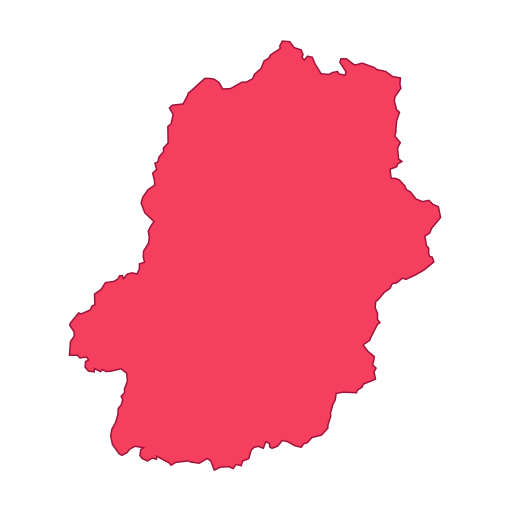 Adjuntas, Puerto Rico (orthographic projection), rotated 273°
{"feature_id": "32010507B57249745430969", "entity_name": "Adjuntas", "entity_type": "district", "adm_level": 2, "iso_a3": "PRI", "parent_name": "Puerto Rico", "parent_adm1": "", "projection": "orthographic", "projection_center": [-66.756, 18.181], "detail": "fine", "context": "isolated", "style": "filled", "palette": "rose", "viewbox_px": 512, "rotation_deg": 273, "n_neighbors": 0, "source": "geoboundaries", "source_scale": "gbopen_adm2", "svg_char_len": 3132}
<svg xmlns="http://www.w3.org/2000/svg" viewBox="0 0 512 512"><g transform="rotate(273 256 256)"><path d="M90.0,126.4L89.2,126.1L82.4,124.5L75.4,121.1L68.9,120.3L60.3,122.5L51.4,129.6L49.9,132.5L52.7,137.3L56.7,140.2L59.7,145.3L58.6,153.6L56.5,151.0L50.7,150.5L47.9,152.8L45.6,158.4L48.7,162.8L47.9,167.3L50.9,167.2L44.9,180.0L42.6,182.2L45.7,186.6L47.8,198.9L46.8,201.7L46.1,210.2L51.2,217.7L49.1,221.5L40.0,225.5L43.3,231.5L44.2,240.1L42.5,244.3L46.8,247.1L45.8,252.2L50.5,253.4L53.2,259.3L62.0,261.4L64.8,264.1L66.0,268.2L64.4,273.4L71.1,275.5L69.4,279.2L66.0,279.8L64.8,282.1L67.2,287.5L73.2,291.9L72.3,297.0L68.4,305.2L67.4,311.2L71.0,313.5L72.2,317.0L77.7,321.4L80.5,330.7L87.9,336.8L90.6,336.6L100.1,339.0L103.0,338.6L112.0,340.6L116.3,342.6L123.0,343.3L124.6,350.3L124.7,363.5L127.3,364.3L130.8,369.0L133.5,369.7L139.3,381.8L146.5,379.9L150.3,381.8L153.2,378.2L159.8,379.3L161.9,379.3L166.5,372.9L172.2,368.1L173.3,368.1L177.5,373.8L181.3,375.2L194.1,380.9L196.0,383.3L198.9,380.6L204.9,380.4L210.7,377.7L211.0,377.7L217.0,378.0L218.8,380.3L226.3,385.9L230.8,391.6L235.7,393.6L236.4,397.6L241.5,403.5L240.5,406.9L245.8,416.8L251.1,424.9L259.4,433.9L264.1,432.0L264.7,429.4L267.2,428.3L272.9,428.1L275.0,425.8L284.7,423.6L288.1,428.3L292.8,429.9L304.1,438.3L314.7,435.6L316.8,430.1L320.6,425.7L319.0,419.4L321.4,412.6L328.0,407.0L330.1,402.7L333.7,401.0L339.4,395.2L340.8,391.3L340.7,386.9L349.6,385.3L352.5,391.8L355.5,392.8L358.1,396.8L360.3,393.3L371.4,391.7L376.8,394.2L382.9,388.4L388.0,389.3L389.6,389.0L398.5,389.4L407.0,391.8L409.2,388.9L417.9,386.0L422.4,386.5L431.1,391.9L435.0,390.7L441.4,390.9L442.3,383.2L447.1,375.7L448.4,367.2L450.4,364.2L454.2,351.8L453.2,349.2L451.9,344.4L457.6,336.0L457.5,330.6L453.9,329.6L444.7,336.2L441.3,335.6L442.0,329.5L444.5,327.8L443.2,322.7L441.1,319.4L441.4,311.5L450.9,304.9L457.4,301.8L458.2,296.9L454.3,294.0L456.7,291.6L459.8,292.4L464.2,290.3L466.1,283.1L471.8,278.5L472.0,271.0L466.8,268.7L464.6,269.5L457.6,260.0L454.1,258.2L451.3,253.9L443.6,251.3L437.4,245.0L432.8,243.3L429.2,237.4L428.8,232.7L421.9,221.9L421.0,214.0L427.0,210.3L430.4,205.1L430.9,200.0L430.8,197.1L430.4,195.3L417.1,182.1L415.2,179.9L412.3,179.1L404.0,175.2L402.2,164.5L399.3,161.8L392.9,165.9L383.4,164.2L380.8,161.2L364.3,162.3L358.8,157.8L355.8,158.4L349.6,153.9L344.8,153.1L344.2,151.9L343.3,150.2L337.4,152.2L333.3,148.5L326.5,150.5L321.6,151.3L316.6,144.7L308.7,139.8L303.0,138.5L293.5,142.6L285.0,152.3L280.4,149.4L275.4,147.1L269.0,148.5L263.1,147.9L255.0,143.5L249.3,143.4L243.9,145.0L242.1,140.0L236.9,140.2L231.8,138.1L232.7,133.2L231.3,128.5L226.5,124.8L229.4,123.6L229.0,120.7L225.9,119.4L223.2,115.4L221.5,107.0L214.5,103.1L209.5,96.7L198.9,97.6L197.5,94.9L193.4,93.2L189.0,84.4L189.9,81.9L179.0,73.9L177.0,73.7L170.7,78.3L166.5,78.7L160.8,75.2L147.2,74.9L147.5,82.9L145.0,85.5L146.2,92.1L143.4,94.3L141.7,91.3L136.1,91.1L132.3,94.7L131.8,100.5L135.2,100.5L132.4,106.8L134.4,108.4L132.8,112.5L133.3,116.7L136.3,127.2L132.1,133.0L124.4,134.1L116.0,131.5L112.9,132.0L108.8,128.7L105.5,130.4L100.3,129.2L96.5,126.4L90.0,126.4Z" fill="#f43f5e" stroke="#9f1239" stroke-width="1.5"/></g></svg>